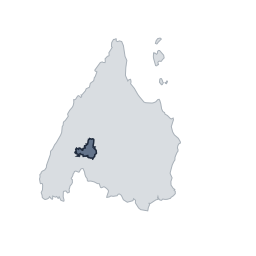 Valladolid on a map of Spain (Robinson projection), rotated 290°
{"feature_id": "ESP-5850", "entity_name": "Valladolid", "entity_type": "Autonomous Community", "adm_level": 1, "iso_a3": "ESP", "parent_name": "Spain", "parent_adm1": "", "projection": "robinson", "projection_center": [-4.954, 41.703], "detail": "fine", "context": "in_parent", "style": "filled", "palette": "slate", "viewbox_px": 256, "rotation_deg": 290, "n_neighbors": 0, "source": "natural_earth", "source_scale": "10m", "svg_char_len": 5398}
<svg xmlns="http://www.w3.org/2000/svg" viewBox="0 0 256 256"><g transform="rotate(290 128 128)"><path d="M136.1,67.3L136.1,67.9L137.2,69.0L140.6,69.7L141.4,70.2L141.3,71.7L140.5,73.1L141.3,73.7L142.1,73.6L143.0,72.6L143.2,73.3L144.8,73.9L148.2,75.2L150.6,75.3L153.1,77.8L157.1,77.3L160.7,79.6L164.1,79.1L164.9,79.6L170.1,79.6L170.3,77.7L171.0,77.0L180.1,79.6L181.3,81.2L181.1,82.1L181.6,84.0L182.8,83.9L185.2,82.8L188.4,84.2L189.2,85.3L189.9,85.4L192.2,84.3L198.5,85.6L198.7,84.7L199.2,84.5L201.8,83.7L202.9,83.5L206.3,84.1L206.7,85.2L207.4,85.6L207.7,86.5L205.8,87.1L205.6,88.7L206.9,90.1L207.1,92.5L203.8,95.5L194.3,100.7L191.1,103.8L183.9,105.3L176.5,107.6L172.1,111.8L173.3,112.1L174.6,113.5L174.2,114.1L172.3,115.1L170.5,115.3L167.4,120.4L162.9,125.7L161.3,128.1L157.8,134.2L157.8,136.0L159.7,142.2L160.8,143.8L162.2,145.2L164.9,146.3L165.6,147.4L164.7,148.5L162.0,150.5L157.4,153.1L155.4,155.1L155.0,157.1L153.7,158.0L153.2,160.8L151.4,164.6L151.3,165.6L152.8,167.0L151.3,167.9L144.1,168.2L139.6,171.3L137.4,173.9L135.5,178.9L133.0,181.8L131.9,182.4L130.2,181.1L128.1,180.9L126.0,181.3L125.0,182.3L123.3,182.9L121.7,182.4L118.1,182.2L116.5,182.2L114.0,183.0L111.9,182.5L108.3,182.2L100.6,182.9L99.6,183.2L96.2,186.5L92.4,186.6L89.0,188.0L86.7,191.2L86.3,193.0L85.6,192.6L85.1,192.7L84.8,194.0L82.4,194.9L79.8,193.8L77.6,192.2L76.5,192.0L74.6,189.5L73.8,187.9L73.3,186.2L73.2,185.0L71.6,184.3L71.2,182.7L72.4,180.6L74.0,179.5L72.5,179.6L71.4,180.9L70.0,178.8L64.4,174.6L64.7,173.1L63.8,174.2L63.1,174.5L60.3,174.3L56.9,174.9L55.6,167.8L56.5,165.3L60.2,160.5L62.6,159.8L63.5,157.4L61.4,157.5L58.0,152.7L59.0,148.2L62.3,144.9L62.9,143.5L63.0,142.3L62.4,141.4L60.6,140.9L58.7,137.4L58.3,135.2L56.8,134.0L55.5,131.8L56.7,131.5L61.4,131.4L62.6,130.9L63.5,129.4L64.4,127.0L64.6,125.5L62.8,123.5L62.7,123.0L63.0,122.3L65.9,120.0L65.3,118.3L65.8,114.7L65.6,112.5L65.3,110.8L64.3,108.6L65.0,107.6L66.5,106.9L67.7,105.0L69.5,103.5L71.8,102.2L74.5,99.6L74.0,98.4L73.1,97.7L69.8,97.1L69.6,96.6L69.7,93.7L68.8,92.5L67.6,92.6L65.8,92.1L65.3,92.4L63.0,92.3L61.4,91.8L60.7,92.3L60.5,93.3L57.8,94.4L56.2,94.3L53.7,93.4L50.9,93.7L50.5,93.5L48.1,94.7L47.3,94.7L46.3,93.3L47.6,91.2L46.5,89.2L45.8,89.1L41.2,90.6L38.5,92.5L37.5,92.8L37.1,92.4L37.1,89.7L39.8,86.8L38.1,86.6L38.2,85.7L39.3,84.4L38.2,83.4L38.3,80.5L35.8,81.4L35.2,81.3L35.2,80.1L36.7,77.8L35.1,77.5L33.9,76.6L32.5,74.7L32.5,73.7L33.3,71.3L35.5,70.2L37.6,68.5L40.5,68.8L44.8,67.5L46.3,66.7L46.3,65.7L45.8,65.0L46.3,64.3L49.8,62.3L51.9,62.1L54.1,61.1L55.5,61.8L56.8,61.6L58.2,62.3L60.1,64.1L62.9,64.8L65.1,64.2L76.5,64.1L79.7,63.2L82.3,64.3L87.1,64.8L90.0,65.7L98.1,67.1L101.1,67.2L106.9,65.7L108.5,66.1L110.9,65.4L112.0,65.5L113.5,66.5L118.7,67.9L120.0,66.7L121.0,66.5L124.8,67.2L128.5,68.6L130.5,68.8L133.3,68.4L136.1,67.3ZM207.0,129.6L208.4,130.1L209.8,129.6L210.6,129.8L211.3,130.1L211.6,131.2L208.6,136.6L206.2,138.0L203.8,136.9L202.3,136.6L201.9,136.2L201.5,134.4L200.8,133.9L199.9,133.6L198.0,135.0L197.4,134.1L196.5,133.9L196.1,133.3L196.1,132.6L201.9,128.4L203.5,127.5L207.1,126.4L207.7,126.6L207.2,127.2L207.7,127.8L207.0,129.6ZM223.5,127.4L223.0,128.9L218.6,126.9L217.2,126.6L216.8,126.3L216.9,124.8L219.8,124.6L222.2,125.4L223.5,127.4ZM183.3,144.7L182.8,145.7L180.6,145.4L180.1,144.9L180.6,143.7L181.2,143.6L181.2,142.7L181.8,141.9L184.9,141.2L185.6,141.8L185.8,142.6L184.0,144.4L183.3,144.7ZM185.5,149.0L185.2,149.2L182.8,149.0L182.7,148.3L183.2,147.3L184.1,148.3L185.5,148.4L185.5,149.0Z" fill="#d9dde1" stroke="#a8b0b8" stroke-width="1"/><path d="M105.8,98.7L105.7,99.4L105.6,99.6L105.3,99.9L103.7,100.4L103.2,100.5L102.0,100.9L101.0,100.9L100.4,101.2L99.8,101.1L98.7,101.7L98.3,101.7L98.6,102.4L98.6,102.8L98.6,103.0L98.9,103.4L98.9,103.5L98.0,103.2L97.7,103.5L97.2,103.2L97.0,103.6L97.4,103.9L96.4,104.9L96.4,105.3L95.7,106.0L94.4,106.4L93.8,106.9L93.5,107.0L93.1,106.9L91.8,106.0L91.5,105.9L91.2,106.0L90.6,106.3L90.2,106.2L90.0,106.3L89.7,106.4L89.0,105.9L88.9,105.8L88.5,105.8L88.4,105.8L88.2,105.7L88.1,105.4L87.9,105.3L87.4,105.6L86.9,105.6L86.7,105.4L87.2,105.0L87.3,104.7L87.3,104.4L87.3,103.7L87.2,103.5L86.9,103.0L86.9,102.8L86.9,102.6L87.0,101.6L86.9,101.5L86.8,101.4L86.7,101.3L86.7,101.0L86.7,100.7L86.8,100.4L87.0,100.2L87.8,100.0L88.3,99.6L87.4,99.0L87.4,98.9L87.4,98.7L87.5,98.6L87.6,98.4L87.1,98.1L87.0,97.9L86.9,97.2L86.8,96.9L86.3,96.3L86.0,95.6L87.6,94.7L87.3,94.1L87.2,93.7L87.2,93.3L87.3,93.1L87.3,92.9L87.2,92.5L87.2,92.3L87.6,91.9L86.2,90.8L86.1,90.1L86.2,89.2L86.1,88.1L86.2,87.8L86.4,87.6L86.6,87.7L87.0,88.0L87.5,87.8L87.7,87.7L87.8,87.7L88.0,87.2L88.3,86.9L88.8,87.0L89.1,86.9L89.4,86.7L89.8,86.3L89.9,86.2L90.2,86.2L90.6,86.8L90.9,86.9L91.0,86.4L91.5,86.5L91.2,87.5L91.3,88.3L91.1,88.9L92.5,88.9L92.6,89.9L92.6,90.1L92.5,90.3L92.3,90.6L92.2,90.7L92.3,91.1L92.2,91.3L92.0,91.5L91.9,91.7L91.4,92.6L91.7,93.0L92.2,92.6L92.5,93.0L93.3,92.7L93.8,93.2L94.5,94.6L94.9,94.5L95.3,94.0L95.6,93.6L95.8,93.4L96.0,93.3L96.3,93.3L96.5,93.4L96.5,93.5L96.6,93.9L97.5,94.7L98.2,94.5L98.6,94.3L98.6,95.3L99.0,95.5L99.3,95.6L99.7,95.3L99.9,95.3L101.1,95.4L101.4,95.3L101.9,94.9L102.2,94.9L103.4,95.0L103.8,94.8L104.1,95.4L104.9,95.5L104.7,96.0L105.1,96.6L105.1,96.9L105.1,97.9L105.6,98.2L105.8,98.7ZM84.2,89.8L85.6,91.0L85.3,92.1L84.7,91.8L84.9,91.4L84.4,90.5L84.2,89.8ZM87.2,86.5L87.3,86.8L87.3,87.2L87.0,87.3L86.8,87.3L86.6,87.0L86.6,86.7L86.9,86.5L87.2,86.5Z" fill="#64748b" stroke="#1e293b" stroke-width="1.5"/></g></svg>